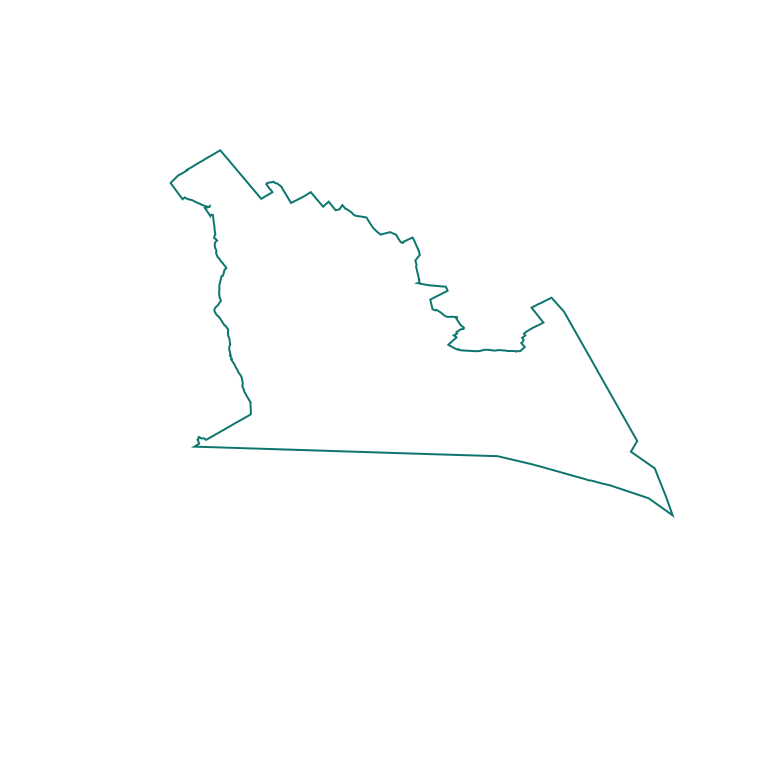 General Pánfilo Natera, Zacatecas, Mexico, rotated 137°
{"feature_id": "50627088B90633980293506", "entity_name": "General Pánfilo Natera", "entity_type": "district", "adm_level": 2, "iso_a3": "MEX", "parent_name": "Mexico", "parent_adm1": "Zacatecas", "projection": "equal_earth", "projection_center": [-102.129, 22.703], "detail": "fine", "context": "isolated", "style": "outline", "palette": "teal", "viewbox_px": 768, "rotation_deg": 137, "n_neighbors": 0, "source": "geoboundaries", "source_scale": "gbopen_adm2", "svg_char_len": 6031}
<svg xmlns="http://www.w3.org/2000/svg" viewBox="0 0 768 768"><g transform="rotate(137 384 384)"><path d="M262.5,91.1L261.3,93.8L254.5,109.5L247.2,128.3L243.5,137.6L249.6,166.1L237.7,169.6L227.8,210.9L219.6,245.1L219.1,247.6L218.9,247.7L203.0,314.2L202.6,332.8L207.8,334.4L213.7,336.1L215.5,336.7L215.6,336.8L217.4,337.4L219.3,337.8L221.2,338.4L223.1,339.0L224.0,339.2L225.5,320.2L229.5,321.3L231.8,322.0L232.9,322.4L233.3,322.5L234.4,322.8L236.6,323.5L238.9,324.1L241.4,324.6L243.3,325.0L246.9,325.4L247.3,325.4L247.6,323.1L251.5,323.6L251.6,322.1L251.6,321.3L253.2,320.4L253.9,320.2L255.7,320.3L255.7,319.8L255.7,319.0L255.8,316.6L255.8,315.1L256.0,315.0L257.1,315.0L258.9,315.1L260.8,315.1L262.0,315.1L262.7,315.7L264.1,317.2L265.2,317.5L265.7,318.7L268.5,321.4L268.6,321.5L271.0,323.7L271.7,324.7L272.6,325.9L274.1,327.5L274.7,328.1L276.0,329.5L276.8,330.4L279.8,332.6L281.1,333.8L281.3,334.1L282.3,335.4L282.7,335.8L284.5,338.0L285.7,339.1L286.6,339.9L287.7,340.7L288.2,341.0L288.9,341.5L290.0,342.1L290.4,342.3L291.1,342.6L292.0,343.2L293.5,344.5L294.8,345.8L296.0,346.9L296.2,347.2L296.5,347.5L298.1,349.2L298.6,349.8L299.6,350.7L300.9,352.0L301.8,353.0L302.4,353.7L303.2,354.5L303.4,354.7L305.3,356.9L305.6,357.4L305.6,357.8L306.0,358.1L305.8,358.8L307.0,359.3L308.5,363.5L310.3,368.8L310.1,368.9L309.9,368.9L306.7,368.8L305.3,368.8L303.9,368.8L302.2,368.7L299.9,368.6L299.6,368.7L299.2,368.7L299.2,369.0L299.2,369.6L299.1,370.8L299.6,370.9L299.8,372.0L298.0,371.5L296.2,371.0L295.7,372.5L293.6,372.2L290.6,371.7L289.4,370.8L288.3,370.0L287.6,370.3L287.2,370.7L287.3,371.2L287.8,375.2L287.7,375.3L286.5,382.6L284.4,382.6L284.5,382.6L288.3,386.7L289.4,387.6L290.5,388.6L292.1,390.2L292.9,392.0L293.1,392.8L293.2,393.6L293.5,395.0L293.6,396.2L293.6,396.9L294.4,400.3L294.9,401.6L295.1,402.5L296.3,402.8L297.5,405.6L292.6,414.2L273.9,408.8L273.2,410.5L272.5,413.1L275.6,416.4L276.1,417.0L277.8,418.9L278.7,419.9L279.8,421.1L281.2,422.7L282.3,423.9L283.4,425.1L285.1,427.3L286.6,429.3L287.6,430.6L288.0,431.2L288.1,431.3L289.0,432.5L290.6,434.8L288.7,434.0L288.2,435.1L287.5,436.4L287.1,436.3L286.0,438.4L284.7,440.5L283.2,443.3L281.7,445.9L280.8,447.4L280.6,447.9L279.2,448.8L278.7,449.1L278.4,450.0L278.0,450.6L276.9,452.9L276.1,453.1L274.5,453.3L271.8,453.7L270.7,453.8L270.0,453.9L269.9,454.2L269.6,454.3L269.5,454.6L269.2,455.0L268.5,456.3L268.2,456.9L267.9,457.1L267.8,457.6L267.7,457.9L267.5,458.4L267.4,458.7L267.4,458.9L267.3,459.2L267.1,459.5L267.0,459.9L266.9,460.0L266.5,461.4L263.7,469.4L263.7,470.0L263.2,471.5L263.5,471.8L272.2,474.5L272.4,474.7L272.9,474.6L273.4,474.3L273.6,474.2L274.2,474.6L274.5,475.0L274.4,475.2L274.7,475.4L274.8,475.6L274.6,475.9L274.7,476.2L274.9,476.7L274.9,477.4L274.8,478.0L274.5,479.1L274.4,480.6L274.1,481.7L273.9,482.5L273.8,483.2L273.5,483.9L273.3,484.8L276.0,490.9L277.8,491.9L281.2,493.8L284.5,495.5L285.1,498.8L285.3,501.4L285.5,505.2L285.0,508.9L283.3,517.8L286.9,522.5L289.1,525.1L290.1,526.6L290.8,528.8L290.7,531.3L291.7,536.2L291.8,536.7L292.6,538.0L292.5,543.2L297.5,542.1L300.9,544.2L300.1,555.0L303.8,555.2L307.6,555.2L306.7,574.2L315.8,576.1L328.5,579.8L327.5,584.6L327.1,586.4L326.4,589.7L324.9,597.1L324.5,597.4L324.6,599.1L324.9,600.9L325.1,602.2L325.3,603.4L326.1,604.5L326.5,605.1L326.7,606.1L326.8,607.3L327.6,607.5L328.3,608.1L329.2,608.6L329.7,608.9L330.3,609.6L331.0,609.9L331.7,610.2L332.8,610.7L333.7,610.5L334.5,605.0L334.5,602.2L334.5,601.5L334.9,600.3L343.4,602.3L346.3,602.9L347.5,603.2L345.0,653.0L344.4,666.6L352.3,668.4L352.8,668.5L358.3,669.8L366.4,671.5L368.8,672.1L370.3,672.5L373.0,673.0L374.9,673.4L377.4,673.9L381.1,674.8L382.4,675.0L382.3,674.6L383.3,674.8L384.2,674.9L385.2,675.1L387.2,675.6L388.2,675.8L389.2,676.0L390.1,676.3L391.0,676.7L391.9,676.7L392.0,676.7L392.6,676.9L394.0,676.9L396.7,676.7L398.1,676.7L399.3,676.6L400.4,676.7L402.9,676.5L403.0,676.5L405.3,656.5L402.5,656.3L401.5,653.1L400.3,651.5L399.7,650.5L398.9,649.2L398.4,647.9L398.3,647.5L397.6,645.5L397.0,644.0L396.5,642.7L395.8,641.5L395.5,640.5L394.4,637.9L393.2,635.7L392.5,634.5L391.5,633.3L391.0,632.9L390.4,632.8L390.9,632.5L394.9,634.9L396.4,625.5L396.0,625.8L395.3,625.6L394.8,625.4L394.9,625.1L393.9,624.3L397.6,619.2L401.9,613.1L402.3,613.0L405.3,608.4L405.8,608.3L406.0,608.3L407.6,607.5L408.7,606.5L408.2,604.9L408.2,602.7L410.3,602.9L412.1,602.0L413.7,600.4L414.2,599.3L414.9,598.3L415.2,596.6L416.1,595.4L417.9,593.8L418.2,592.5L419.0,590.7L419.1,590.2L419.0,589.0L419.0,587.9L419.5,585.7L419.5,583.8L419.6,582.2L419.8,580.0L419.9,577.7L420.2,576.4L421.3,576.1L422.4,576.4L423.6,575.8L425.5,574.4L428.3,573.0L429.4,573.6L432.7,571.4L433.7,570.7L435.1,569.8L436.9,568.7L438.2,567.3L440.0,565.3L441.7,563.8L443.2,562.2L444.1,561.0L445.0,559.7L445.4,558.7L445.8,558.2L446.1,556.8L446.5,556.2L447.1,555.8L448.3,555.7L449.6,555.5L451.1,555.0L452.3,554.9L453.8,555.0L455.6,554.8L457.4,554.1L458.4,552.6L459.3,549.0L459.1,547.3L459.0,544.9L459.2,543.8L459.7,540.7L460.2,538.6L460.4,536.4L460.7,535.6L460.1,534.5L460.5,532.7L460.8,530.2L461.5,529.4L462.9,528.3L463.8,527.2L465.0,525.5L465.6,524.2L465.7,523.2L467.0,521.4L468.6,519.1L469.5,517.7L470.1,517.7L472.3,516.2L473.9,514.6L474.6,512.8L475.5,511.2L476.1,510.9L476.6,509.5L477.3,509.7L478.2,506.0L479.0,506.2L479.6,502.9L480.2,499.6L481.1,496.9L481.5,494.7L482.1,493.1L482.6,491.4L482.8,488.9L483.4,486.5L484.6,484.2L485.8,482.4L487.1,480.5L489.2,478.9L490.5,475.3L491.3,473.9L492.1,470.5L492.9,467.5L493.4,464.8L494.3,461.2L495.5,460.2L496.7,458.8L498.0,457.1L499.6,455.4L500.7,454.1L501.6,453.0L502.5,452.7L504.6,453.2L518.6,456.6L529.1,459.0L549.8,463.9L552.2,464.5L552.6,466.7L553.5,467.8L554.5,468.6L555.1,470.1L555.2,470.9L555.7,471.6L557.1,470.4L558.3,470.5L558.7,468.9L559.4,467.7L559.9,466.4L561.9,466.8L563.0,467.0L563.5,467.1L564.5,467.3L565.4,467.5L459.7,362.5L425.5,328.5L394.4,297.6L350.2,253.8L331.0,225.1L326.3,217.6L318.7,205.1L309.1,189.2L302.5,178.5L300.6,175.1L300.1,174.1L298.1,171.8L292.1,162.1L287.8,155.7L268.4,120.0L262.5,91.1Z" fill="none" stroke="#0f766e" stroke-width="2"/></g></svg>